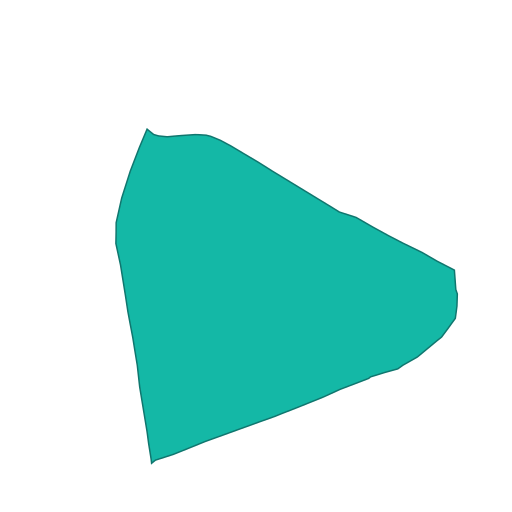 outline of Jean Baptiste, Anse-la-Raye, Saint Lucia, rotated 337°
{"feature_id": "8701671B12563091717165", "entity_name": "Jean Baptiste", "entity_type": "district", "adm_level": 2, "iso_a3": "LCA", "parent_name": "Saint Lucia", "parent_adm1": "Anse-la-Raye", "projection": "natural_earth1", "projection_center": [-61.016, 13.948], "detail": "fine", "context": "isolated", "style": "filled", "palette": "teal", "viewbox_px": 512, "rotation_deg": 337, "n_neighbors": 0, "source": "geoboundaries", "source_scale": "gbopen_adm2", "svg_char_len": 1181}
<svg xmlns="http://www.w3.org/2000/svg" viewBox="0 0 512 512"><g transform="rotate(337 256 256)"><path d="M311.9,412.7L314.2,412.0L320.7,412.7L328.8,413.5L337.9,414.7L342.4,415.3L348.7,413.9L365.1,412.0L389.8,404.6L393.2,403.7L395.2,403.1L404.6,397.6L409.2,394.8L415.1,391.3L418.3,385.9L421.4,380.6L426.5,369.6L426.8,365.0L433.1,346.5L420.8,331.7L414.5,323.3L410.3,317.7L396.1,301.4L385.7,288.8L377.5,278.4L374.9,275.1L363.2,259.6L349.9,248.1L345.2,241.4L304.1,184.1L294.6,170.4L284.2,156.3L275.6,144.5L272.8,141.1L268.4,135.6L263.9,131.0L261.0,128.1L257.3,125.3L250.3,121.8L247.2,120.4L234.5,116.0L227.2,113.6L220.9,111.6L213.4,107.5L212.1,106.5L209.3,104.2L207.3,100.5L205.3,96.7L191.1,110.5L173.5,128.7L155.0,150.2L140.3,170.7L139.7,172.1L136.5,179.5L133.2,186.9L131.9,189.8L127.8,211.3L122.1,234.4L120.4,241.3L116.3,257.3L113.9,268.2L110.7,283.0L107.7,295.1L104.0,310.3L97.8,331.0L87.3,374.3L86.5,377.3L84.0,386.3L83.6,387.9L80.1,402.0L78.9,406.0L81.3,405.3L83.7,404.6L102.3,406.3L107.4,406.4L136.9,406.9L145.9,407.4L169.9,408.7L194.1,410.0L210.8,411.0L218.0,411.1L235.0,411.6L263.1,412.1L281.3,411.6L311.9,412.7Z" fill="#14b8a6" stroke="#0f766e" stroke-width="1.5"/></g></svg>